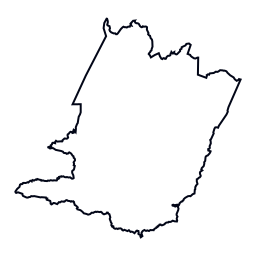 Tabasco, Zacatecas, Mexico
{"feature_id": "50627088B99461969651852", "entity_name": "Tabasco", "entity_type": "district", "adm_level": 2, "iso_a3": "MEX", "parent_name": "Mexico", "parent_adm1": "Zacatecas", "projection": "albers", "projection_center": [-102.953, 21.94], "detail": "fine", "context": "isolated", "style": "outline", "palette": "ink", "viewbox_px": 256, "rotation_deg": 0, "n_neighbors": 0, "source": "geoboundaries", "source_scale": "gbopen_adm2", "svg_char_len": 5794}
<svg xmlns="http://www.w3.org/2000/svg" viewBox="0 0 256 256"><path d="M240.6,79.5L239.1,79.1L239.0,79.6L236.7,80.8L234.8,79.3L233.6,77.4L230.2,75.3L227.5,72.8L226.6,71.5L225.8,71.0L224.3,70.6L223.3,70.7L222.9,70.4L220.1,70.2L218.4,71.5L217.3,71.9L215.8,71.7L213.7,73.0L209.8,73.4L209.5,73.7L209.1,74.7L207.8,74.4L206.8,75.1L207.0,75.5L206.3,77.8L197.9,74.7L198.2,57.6L197.4,57.6L195.5,58.5L194.0,58.3L191.7,56.8L190.7,55.9L190.2,54.9L187.6,53.9L190.7,44.9L189.0,43.5L186.4,43.9L185.5,45.4L181.7,47.2L181.5,48.8L180.1,49.6L180.1,51.1L177.0,54.2L176.2,54.4L174.6,53.5L174.1,52.9L174.2,52.1L173.4,52.6L173.3,53.4L172.9,53.6L172.4,53.4L171.4,52.0L170.9,53.5L170.6,53.6L170.3,55.2L169.6,55.7L168.1,55.8L167.1,56.5L166.3,57.5L166.0,58.6L165.1,58.9L163.9,58.1L163.1,58.3L162.4,59.1L161.4,58.7L160.0,56.4L158.8,53.2L154.8,55.0L150.9,57.4L149.9,55.3L148.7,54.0L148.9,53.5L150.3,51.9L150.4,51.3L151.5,50.4L151.6,49.2L152.5,46.7L152.3,41.2L151.9,39.5L150.7,38.2L150.0,35.8L148.9,35.2L148.1,34.2L148.5,33.1L146.9,29.7L147.0,27.2L145.9,26.5L143.6,26.7L142.9,26.3L142.2,27.1L141.4,27.2L140.1,26.2L138.8,23.9L137.8,23.3L136.3,23.2L135.2,22.5L135.0,21.8L134.4,21.1L134.8,20.6L133.1,20.8L130.7,23.4L131.0,23.6L130.7,24.1L131.4,25.5L130.4,25.2L129.8,26.7L128.1,26.7L126.8,27.5L126.0,27.2L124.6,27.2L123.5,26.7L122.7,27.2L120.9,29.0L117.8,33.4L116.9,34.2L116.0,34.2L115.4,33.4L113.7,33.4L111.3,32.4L110.0,31.2L109.4,29.8L110.0,28.3L109.5,26.2L107.6,25.4L107.2,24.8L107.8,22.6L107.8,21.2L107.1,18.8L106.6,18.7L104.3,23.0L103.6,28.2L106.1,36.2L85.8,75.6L72.6,104.3L80.7,104.2L80.7,112.3L80.0,114.4L78.7,116.8L77.7,123.1L77.0,124.1L75.8,127.2L75.9,128.9L75.6,132.1L75.0,131.4L74.1,130.9L74.0,129.9L73.7,129.7L73.3,130.9L74.0,132.1L73.8,132.7L72.4,133.0L72.0,132.1L70.6,131.8L69.7,132.4L68.8,133.7L67.7,134.4L67.5,135.2L68.1,137.6L67.4,138.4L66.8,138.7L64.5,138.5L62.5,140.3L62.4,141.2L62.0,141.5L61.2,141.3L57.1,141.6L56.0,140.8L55.0,142.1L55.1,143.2L53.0,142.7L52.2,143.2L51.9,144.5L50.6,145.4L50.5,145.8L51.6,147.3L48.7,146.9L48.2,147.2L48.4,147.6L49.6,147.9L50.1,148.5L51.7,148.1L53.2,148.2L55.8,149.9L61.2,151.0L63.0,151.7L63.6,152.7L64.1,153.0L65.9,153.1L66.6,153.8L68.1,153.5L68.6,152.7L69.4,152.4L71.2,153.6L72.6,155.7L73.5,156.3L73.7,157.8L74.7,158.6L75.0,160.0L74.9,160.5L73.6,162.3L74.1,163.9L73.7,165.3L74.8,165.9L73.9,169.6L72.3,170.9L72.1,171.9L72.3,173.2L73.3,175.3L73.7,178.0L72.9,178.6L72.0,178.7L70.0,177.3L68.5,177.5L66.9,177.0L66.2,177.3L64.7,177.1L63.3,176.3L61.7,176.7L61.4,176.3L59.1,176.9L59.4,177.9L58.7,178.7L57.4,178.1L57.2,178.4L57.3,179.5L56.8,180.1L56.8,180.4L56.5,180.5L53.7,180.3L53.0,180.6L50.6,180.2L49.2,180.8L48.0,180.5L47.1,181.1L44.4,180.9L43.0,180.4L41.8,180.7L41.3,180.6L41.3,180.1L40.9,179.9L39.7,179.8L37.3,179.0L36.7,179.8L36.0,179.4L34.0,180.6L33.3,180.5L32.8,180.0L31.9,180.5L31.7,181.3L31.0,180.7L30.2,180.8L28.3,182.5L27.8,182.2L25.7,183.0L23.4,182.9L22.7,183.2L22.5,183.9L21.8,184.2L20.9,184.1L20.0,184.7L19.5,186.9L17.2,188.9L15.4,191.5L15.4,191.9L15.8,192.7L16.2,192.9L18.0,192.3L22.4,193.8L22.6,195.1L23.0,195.9L26.5,197.5L27.9,197.6L28.6,197.2L30.3,196.9L31.2,196.1L32.7,196.3L34.2,196.1L40.6,197.4L41.4,197.2L45.8,197.5L45.8,197.9L47.1,198.4L46.7,198.9L46.6,199.6L47.0,199.9L48.1,200.1L50.2,200.9L50.7,202.9L50.6,203.6L51.4,204.4L52.0,204.2L53.5,203.0L54.6,203.1L57.2,204.1L59.0,202.1L60.0,202.4L61.5,201.4L63.6,201.7L64.0,201.4L64.5,201.6L65.8,200.4L66.8,200.1L67.8,200.8L69.9,201.1L70.9,201.7L71.4,201.2L72.8,201.5L73.3,201.3L74.0,202.0L73.9,202.7L74.3,203.2L74.7,204.9L76.2,205.8L77.7,207.3L76.9,208.4L77.3,208.7L77.4,209.3L80.5,210.2L82.5,211.8L83.8,213.3L86.7,214.0L87.7,214.5L88.3,214.6L90.1,214.1L91.7,212.7L93.3,212.8L94.4,212.1L95.7,211.7L96.2,212.0L97.3,211.7L99.9,212.1L100.9,211.8L101.8,212.4L102.6,213.5L104.0,214.3L106.3,213.5L107.1,212.9L107.1,212.6L107.8,212.6L108.4,213.7L109.4,214.2L110.1,216.6L110.3,217.5L109.8,218.6L109.9,219.6L110.5,220.8L110.8,222.0L111.7,223.5L111.3,225.1L112.1,226.5L112.9,226.1L113.4,226.4L113.2,227.3L114.0,228.2L115.2,228.8L116.7,228.5L117.8,229.0L118.6,228.5L120.7,228.4L121.8,229.1L122.2,230.0L123.1,230.5L124.4,229.8L127.5,231.1L128.9,230.2L130.5,231.9L131.3,231.6L132.7,231.9L134.5,233.2L136.5,230.8L137.1,230.6L137.6,231.0L138.4,231.0L138.7,232.7L138.4,233.5L138.5,234.1L140.8,235.3L140.4,236.5L140.8,237.3L142.4,236.1L141.5,233.5L141.6,232.6L142.7,231.0L144.4,230.0L145.7,230.8L146.6,230.8L147.2,230.4L149.0,231.0L150.4,230.0L152.0,230.2L153.4,229.9L153.7,230.1L154.5,228.8L156.1,228.0L156.4,227.3L157.2,227.2L157.4,226.5L158.2,226.4L158.3,225.7L159.1,225.4L159.5,224.6L160.6,224.5L160.9,225.0L161.5,225.3L162.5,225.2L164.6,224.2L164.8,223.7L166.1,222.7L167.2,222.4L168.1,222.5L168.9,221.8L169.9,222.0L171.1,221.7L172.7,220.7L174.5,221.3L176.9,221.5L177.2,220.5L176.7,218.8L177.0,217.5L177.5,216.7L176.6,215.0L176.6,214.0L178.2,210.1L178.5,208.5L178.0,207.2L178.2,206.1L175.4,206.2L175.1,206.5L174.5,206.0L172.8,205.7L172.5,205.5L172.5,205.0L173.2,204.7L174.7,205.2L177.1,204.7L179.1,204.8L179.7,203.1L181.5,201.5L182.4,201.4L182.8,200.6L183.4,200.3L183.8,199.1L185.2,197.8L188.0,196.2L189.6,196.0L190.5,196.2L192.7,194.2L194.5,193.5L194.8,189.7L195.2,189.4L195.3,187.0L195.8,186.4L195.9,185.7L197.5,183.9L196.8,181.5L196.8,179.3L198.0,178.7L198.6,177.9L199.8,177.3L200.6,176.3L200.7,175.6L200.1,174.2L199.9,172.8L200.3,171.7L202.3,170.4L201.3,169.5L201.8,168.0L203.7,166.1L204.3,163.7L204.2,162.2L205.2,160.9L205.5,157.5L205.8,156.5L206.7,155.8L207.7,155.5L209.6,153.4L210.5,151.7L210.6,151.3L208.3,150.5L208.2,149.1L209.3,148.7L209.7,148.2L209.8,147.2L209.6,146.2L210.8,143.4L210.6,140.7L210.2,140.0L211.1,139.0L213.7,133.4L213.3,132.4L214.5,128.5L215.3,127.4L216.7,127.3L218.1,127.7L218.9,125.7L226.5,114.5L227.8,111.7L227.5,110.6L228.5,107.1L240.6,79.5Z" fill="none" stroke="#020617" stroke-width="2"/></svg>